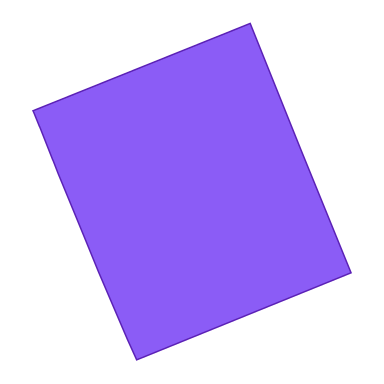 the district of Wayne, Iowa, United States of America, rotated 68°
{"feature_id": "52423323B91237722632689", "entity_name": "Wayne", "entity_type": "district", "adm_level": 2, "iso_a3": "USA", "parent_name": "United States of America", "parent_adm1": "Iowa", "projection": "natural_earth1", "projection_center": [-93.366, 40.739], "detail": "fine", "context": "isolated", "style": "filled", "palette": "violet", "viewbox_px": 384, "rotation_deg": 68, "n_neighbors": 0, "source": "geoboundaries", "source_scale": "gbopen_adm2", "svg_char_len": 399}
<svg xmlns="http://www.w3.org/2000/svg" viewBox="0 0 384 384"><g transform="rotate(68 192 192)"><path d="M326.5,74.8L191.8,75.2L57.5,74.9L57.1,309.0L58.8,308.9L62.2,308.9L74.0,308.9L74.3,308.8L76.4,308.8L110.0,309.1L110.9,309.0L124.7,309.2L164.2,308.9L181.2,308.8L197.6,308.7L231.0,308.6L304.3,307.1L326.2,306.2L326.9,306.2L326.5,74.8Z" fill="#8b5cf6" stroke="#5b21b6" stroke-width="1.5"/></g></svg>